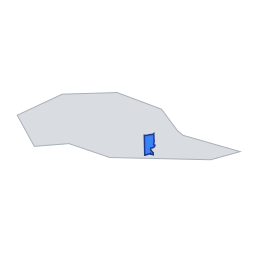 Ngellau, Ngiwal, Palau shown in context, rotated 83°
{"feature_id": "81905179B11216366066462", "entity_name": "Ngellau", "entity_type": "district", "adm_level": 2, "iso_a3": "PLW", "parent_name": "Palau", "parent_adm1": "Ngiwal", "projection": "robinson", "projection_center": [134.631, 7.567], "detail": "fine", "context": "in_parent", "style": "filled", "palette": "blue", "viewbox_px": 256, "rotation_deg": 83, "n_neighbors": 0, "source": "geoboundaries", "source_scale": "gbopen_adm2", "svg_char_len": 1425}
<svg xmlns="http://www.w3.org/2000/svg" viewBox="0 0 256 256"><g transform="rotate(83 128 128)"><path d="M134.8,223.2L101.8,236.4L86.4,189.2L91.5,134.5L113.4,92.5L137.1,79.0L142.0,74.2L165.1,19.6L169.6,49.7L155.1,149.6L136.3,188.5L134.8,223.2Z" fill="#d9dde1" stroke="#a8b0b8" stroke-width="1"/><path d="M136.7,103.1L137.3,104.3L137.3,105.2L137.4,105.7L137.4,106.1L137.2,106.8L137.2,107.3L137.7,110.5L137.4,111.1L137.5,111.5L137.4,111.9L137.5,112.3L137.3,112.7L157.0,114.7L157.0,114.4L157.0,114.2L156.9,114.1L157.0,114.0L156.9,113.9L156.9,113.7L156.9,113.4L156.8,113.2L156.7,113.0L156.7,112.9L156.7,112.7L156.7,112.4L156.6,112.1L156.6,111.9L156.5,111.6L156.5,111.4L156.5,111.2L156.4,111.1L156.4,110.9L156.4,110.7L156.3,110.3L156.2,110.2L156.2,109.9L156.2,109.7L156.2,109.4L156.3,109.3L156.3,109.2L156.2,109.1L156.3,109.1L156.4,109.3L156.5,109.3L156.6,109.2L156.7,108.9L156.8,108.8L156.8,108.7L156.8,108.4L156.9,108.2L156.9,107.9L157.0,107.8L157.0,107.7L156.9,107.5L157.0,107.4L157.2,107.2L157.3,107.1L157.3,106.9L157.4,106.7L157.5,106.4L157.6,106.2L155.6,106.0L154.5,107.0L153.7,107.4L153.1,107.5L152.9,108.0L152.4,108.3L152.2,108.2L151.2,108.1L150.7,108.0L150.6,107.7L150.7,106.8L150.7,106.0L150.3,104.9L149.4,103.8L148.6,103.4L148.2,103.4L148.1,103.9L147.8,104.5L147.6,104.6L146.6,104.3L144.8,103.7L142.6,103.6L139.6,103.4L138.7,103.2L138.2,103.4L136.7,103.1Z" fill="#3b82f6" stroke="#1e3a8a" stroke-width="1.5"/></g></svg>